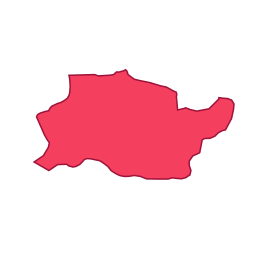 outline of Najrah, Hajjah, Yemen, rotated 302°
{"feature_id": "15242507B62258600143859", "entity_name": "Najrah", "entity_type": "district", "adm_level": 2, "iso_a3": "YEM", "parent_name": "Yemen", "parent_adm1": "Hajjah", "projection": "albers", "projection_center": [43.546, 15.647], "detail": "fine", "context": "isolated", "style": "filled", "palette": "rose", "viewbox_px": 256, "rotation_deg": 302, "n_neighbors": 0, "source": "geoboundaries", "source_scale": "gbopen_adm2", "svg_char_len": 1595}
<svg xmlns="http://www.w3.org/2000/svg" viewBox="0 0 256 256"><g transform="rotate(302 128 128)"><path d="M141.4,50.0L140.7,50.8L137.1,53.8L132.2,57.2L127.6,59.6L124.5,60.7L121.3,60.8L118.9,60.0L116.7,59.0L113.7,57.3L111.7,55.4L109.0,53.7L106.1,51.8L102.9,51.3L100.6,51.6L97.8,48.7L97.0,48.1L94.2,45.7L91.8,44.4L90.2,44.3L88.9,44.6L77.9,60.8L77.8,61.0L75.6,65.0L73.7,69.2L69.3,70.7L64.6,70.8L59.7,70.9L49.4,66.4L50.0,83.4L59.6,87.7L62.2,91.4L64.8,95.3L64.4,97.6L65.7,102.0L67.9,104.3L71.5,106.4L74.9,107.2L77.7,107.6L80.0,109.0L82.0,112.5L85.3,121.4L85.2,125.8L84.7,131.3L82.9,136.3L82.8,140.3L83.1,144.6L83.6,147.1L84.3,148.8L85.3,151.2L87.6,154.5L91.0,158.4L93.4,163.8L93.7,165.2L94.7,170.7L100.2,179.8L103.9,185.7L105.9,189.0L109.1,191.8L109.3,192.2L111.0,195.9L113.3,200.3L116.6,203.4L118.2,204.0L118.6,204.2L119.2,204.5L121.0,205.4L125.3,203.9L128.4,200.1L132.1,197.5L138.6,197.7L145.0,201.9L155.0,198.1L157.2,197.2L159.7,198.5L162.7,203.0L167.1,206.0L171.8,207.1L175.8,209.4L178.1,211.7L186.2,211.1L190.8,210.8L195.3,209.2L197.8,208.3L199.7,207.6L204.5,205.2L206.6,201.1L205.7,196.7L205.3,196.0L203.6,192.7L201.9,189.0L200.9,189.7L187.2,186.5L178.8,177.4L176.6,171.0L175.7,166.1L174.4,165.3L169.6,160.5L175.0,156.4L180.4,152.3L182.2,151.7L183.9,150.0L183.4,146.0L183.3,144.1L183.1,139.0L181.0,133.2L179.6,128.2L178.3,123.2L178.0,122.3L174.3,112.4L172.7,107.4L173.1,102.3L173.4,99.6L174.2,98.8L175.8,96.7L176.1,95.0L174.5,94.2L170.6,90.7L169.5,88.6L167.9,88.0L165.9,87.7L163.3,84.8L156.3,75.0L155.9,72.4L155.5,71.2L141.4,50.0Z" fill="#f43f5e" stroke="#9f1239" stroke-width="1.5"/></g></svg>